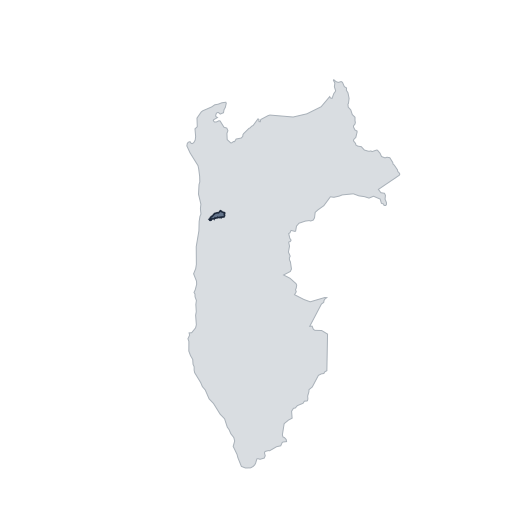 Pallasca, Áncash, Peru shown in context, rotated 27°
{"feature_id": "86281439B95280421583989", "entity_name": "Pallasca", "entity_type": "district", "adm_level": 2, "iso_a3": "PER", "parent_name": "Peru", "parent_adm1": "Áncash", "projection": "natural_earth1", "projection_center": [-77.926, -8.372], "detail": "fine", "context": "in_parent", "style": "filled", "palette": "slate", "viewbox_px": 512, "rotation_deg": 27, "n_neighbors": 0, "source": "geoboundaries", "source_scale": "gbopen_adm2", "svg_char_len": 6306}
<svg xmlns="http://www.w3.org/2000/svg" viewBox="0 0 512 512"><g transform="rotate(27 256 256)"><path d="M348.8,150.7L348.7,152.1L347.2,152.8L345.9,151.8L343.8,152.1L340.8,148.9L333.6,149.4L330.4,153.1L325.6,153.9L320.4,155.7L314.5,156.4L305.1,162.4L303.0,164.8L298.8,168.3L295.4,169.5L293.6,180.3L290.3,186.7L288.9,190.2L290.8,195.4L290.7,198.0L288.8,200.0L287.3,200.3L284.1,202.5L279.4,207.3L278.5,211.0L280.0,215.8L279.5,216.4L275.6,217.3L275.7,220.0L274.9,221.1L278.1,224.9L280.0,225.9L280.1,226.8L279.8,227.8L279.0,228.3L279.0,229.1L281.4,232.0L283.1,237.8L286.5,240.6L286.6,242.5L287.6,244.3L289.4,245.7L293.5,251.5L293.6,254.2L289.2,260.4L296.4,260.4L304.3,262.5L305.5,263.5L306.4,266.3L306.5,268.1L308.1,269.6L307.9,273.0L318.4,273.0L325.1,272.2L336.1,261.8L337.9,261.0L336.9,263.2L336.8,264.8L337.4,266.6L336.1,269.1L335.8,294.3L337.8,293.0L340.4,295.3L342.2,295.5L348.3,292.6L355.2,293.1L371.2,326.0L369.8,328.2L369.8,329.9L367.8,331.3L365.8,334.0L365.6,347.1L363.9,351.0L364.8,353.1L365.6,357.3L367.1,359.8L367.5,361.4L367.3,362.0L365.0,363.4L364.8,365.8L360.8,370.5L360.0,373.6L358.5,374.7L358.2,378.2L361.8,384.1L359.4,387.5L357.2,392.6L360.7,403.4L362.2,405.0L363.8,404.9L366.2,405.8L367.5,407.5L364.5,409.5L364.0,410.4L364.2,413.9L360.9,416.6L356.5,423.4L355.3,423.8L353.1,425.8L352.7,426.8L353.1,427.8L354.9,429.8L355.1,432.3L351.9,435.3L349.7,435.7L348.9,436.5L349.7,440.7L349.7,442.6L349.0,444.8L347.4,447.2L342.8,449.7L338.5,450.1L331.4,443.9L329.2,441.4L322.1,436.0L321.0,430.5L318.6,427.8L314.3,425.8L310.8,422.9L308.2,421.6L301.9,415.3L296.0,413.3L285.1,406.7L279.1,404.6L271.6,398.4L267.5,396.7L264.2,393.9L254.3,387.8L252.7,385.8L251.2,382.8L249.0,381.0L246.6,376.9L242.9,374.5L239.3,371.2L235.0,362.6L232.9,360.6L232.8,356.7L231.3,354.9L233.5,353.6L234.8,347.5L234.1,344.4L229.1,336.2L228.1,332.8L224.4,326.5L223.1,322.7L220.2,320.0L218.9,317.6L217.3,316.6L217.2,313.7L216.0,308.2L214.4,305.4L208.5,300.2L208.0,294.6L206.7,290.6L198.5,274.8L193.7,259.5L189.7,251.1L188.1,246.2L187.9,243.6L185.0,239.1L183.4,234.9L176.7,227.0L172.8,218.2L172.3,215.5L169.7,210.7L165.4,204.4L163.3,201.8L150.5,194.1L144.4,189.3L143.7,186.9L144.0,185.4L145.3,184.1L147.2,185.1L148.3,184.7L149.1,183.0L149.2,180.3L148.0,177.0L143.9,170.4L145.0,167.5L140.8,159.9L141.8,152.5L142.7,150.7L148.9,143.2L150.6,140.0L153.3,138.0L156.0,135.0L159.3,132.7L160.2,133.5L161.2,137.5L161.1,140.2L162.0,143.1L159.7,145.8L157.3,145.2L156.3,145.9L155.9,147.2L156.3,149.2L157.0,150.0L158.8,150.1L156.3,154.0L156.5,154.8L158.2,155.5L159.9,154.5L161.6,152.3L162.7,152.0L169.0,155.8L171.9,155.3L174.1,157.1L174.4,159.9L177.5,165.4L182.2,166.7L183.0,166.2L184.0,164.2L185.0,163.9L185.2,160.8L189.3,157.6L189.9,155.4L189.3,153.8L189.4,152.6L191.8,145.4L192.5,144.7L193.2,142.4L194.2,141.0L195.5,132.9L196.6,133.0L197.7,134.9L198.9,134.4L198.3,132.6L198.5,131.9L203.0,125.5L204.4,124.1L226.0,115.3L236.8,106.2L246.3,93.4L249.3,80.5L250.4,81.4L252.2,81.1L251.6,75.9L252.0,73.5L252.0,72.7L249.0,69.6L247.8,66.2L245.2,64.3L245.3,63.6L248.1,64.3L250.5,64.0L252.7,61.9L254.2,62.0L257.8,65.0L260.4,65.2L261.3,67.3L263.8,68.8L267.4,73.3L269.1,78.1L269.0,79.0L270.6,81.5L274.1,82.8L277.6,86.3L281.2,87.4L282.9,90.7L283.8,91.7L284.3,93.5L283.8,95.7L284.3,96.8L287.0,98.8L289.3,98.8L289.8,99.7L291.1,105.0L290.2,107.7L290.6,109.2L293.6,110.5L294.5,111.7L296.8,111.9L300.2,110.8L304.4,112.4L307.7,111.8L309.2,111.4L310.7,110.2L312.0,110.3L315.3,106.9L316.2,106.6L319.8,108.1L322.7,110.4L326.4,110.0L327.9,108.5L330.6,107.7L335.4,110.6L336.4,111.9L337.8,112.2L342.9,115.0L343.8,116.2L346.5,117.3L347.1,118.2L346.9,119.2L334.8,141.1L338.5,142.9L342.0,141.8L343.8,143.2L345.2,146.8L347.9,149.1L348.8,150.7Z" fill="#d9dde1" stroke="#a8b0b8" stroke-width="1"/><path d="M205.5,238.6L205.8,238.5L205.8,238.4L206.0,238.3L206.2,238.2L206.3,238.2L206.5,238.2L206.6,237.9L206.9,237.7L207.0,237.7L206.9,237.6L207.0,237.4L207.2,237.2L207.3,237.0L207.5,236.9L207.8,237.1L208.0,237.0L208.1,236.9L208.2,236.7L208.3,236.7L208.4,236.4L208.5,236.2L208.8,236.1L209.0,236.1L209.3,236.0L209.5,236.0L209.6,235.9L209.8,235.7L209.7,235.4L209.6,235.2L209.7,234.9L209.8,234.7L209.8,234.3L209.7,234.2L209.4,234.0L209.3,233.9L209.1,233.8L209.0,233.7L209.1,233.4L208.9,233.3L208.8,233.2L208.7,233.0L208.7,232.9L208.5,232.7L208.8,232.2L208.7,232.0L208.5,231.9L208.4,231.9L208.3,231.6L208.2,231.6L207.7,231.8L207.4,231.8L207.1,231.9L207.0,232.0L206.8,232.0L206.7,232.0L206.4,232.1L206.2,232.1L205.8,232.2L205.7,232.1L205.4,232.0L205.3,231.9L205.1,232.0L204.9,232.1L204.7,232.1L204.4,231.9L204.3,231.7L204.1,231.7L204.0,231.8L203.9,231.8L203.7,231.8L203.7,232.1L203.6,232.4L203.6,232.5L203.6,232.8L203.5,233.0L203.4,233.0L203.4,233.3L203.3,233.5L203.2,233.8L203.1,234.2L203.1,234.3L203.1,234.5L202.9,234.7L202.8,234.8L202.7,234.8L202.4,234.9L202.2,234.9L202.2,235.0L201.9,235.1L201.7,235.2L201.4,235.4L201.4,235.5L201.2,235.7L201.2,235.8L200.8,236.2L200.7,236.2L200.6,236.4L200.5,236.5L200.4,236.4L200.3,236.5L200.2,236.7L200.1,236.8L199.7,237.0L199.7,237.3L199.8,237.3L199.8,237.5L199.8,237.8L199.7,237.9L199.7,238.0L199.4,238.2L199.3,238.3L199.4,238.5L199.4,238.8L199.3,239.1L199.3,239.3L199.3,239.5L199.2,239.8L199.1,240.0L199.0,240.3L199.0,240.5L198.9,240.8L198.7,240.9L198.8,241.0L198.7,241.2L198.6,241.3L198.4,241.2L198.4,241.3L198.3,241.5L198.2,241.6L198.1,241.8L198.0,242.0L197.9,242.1L197.9,242.3L197.9,242.5L198.0,242.5L198.2,242.8L198.3,243.2L198.3,243.3L198.2,243.4L198.2,243.5L198.1,243.8L197.9,244.0L197.7,244.1L197.6,244.3L197.8,244.5L198.0,244.5L198.3,244.6L198.2,244.7L198.3,244.7L198.3,244.8L198.3,245.0L198.5,245.2L198.8,245.2L199.0,245.1L199.0,244.9L199.1,244.7L199.3,244.7L199.3,244.8L199.3,244.7L199.4,244.8L199.6,244.6L199.8,244.5L199.8,244.4L199.7,244.1L199.6,243.9L199.5,243.6L199.5,243.3L199.6,243.1L199.8,243.1L200.0,243.1L200.2,242.9L200.3,242.9L200.4,242.7L200.6,242.4L200.8,242.4L201.0,242.3L201.2,242.2L201.3,242.0L201.6,241.8L201.8,241.9L201.9,241.7L202.0,241.8L202.0,241.7L202.1,241.4L202.3,241.2L202.4,240.9L202.3,240.7L202.5,240.7L202.8,240.7L202.9,240.4L203.0,240.3L203.0,240.2L203.3,240.1L203.5,240.1L203.6,239.9L203.8,239.8L204.0,239.8L204.0,239.7L204.0,239.4L204.1,239.2L204.1,238.9L204.3,238.9L204.5,239.0L204.8,238.9L205.0,238.7L205.3,238.7L205.5,238.5L205.5,238.6Z" fill="#64748b" stroke="#1e293b" stroke-width="1.5"/></g></svg>